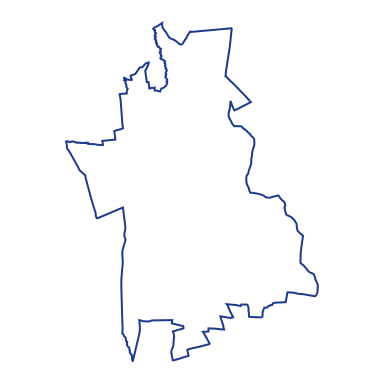 outline of Scanteia, Iasi, Romania
{"feature_id": "2599482B42529928400495", "entity_name": "Scanteia", "entity_type": "district", "adm_level": 2, "iso_a3": "ROU", "parent_name": "Romania", "parent_adm1": "Iasi", "projection": "mercator", "projection_center": [27.593, 46.925], "detail": "fine", "context": "isolated", "style": "outline", "palette": "blue", "viewbox_px": 384, "rotation_deg": 0, "n_neighbors": 0, "source": "geoboundaries", "source_scale": "gbopen_adm2", "svg_char_len": 5846}
<svg xmlns="http://www.w3.org/2000/svg" viewBox="0 0 384 384"><path d="M66.1,141.6L66.8,144.9L67.0,147.8L67.4,149.0L69.0,150.8L69.3,151.7L70.9,154.1L71.4,155.2L75.6,162.5L76.1,163.8L77.8,166.4L78.9,168.9L80.0,170.7L81.4,171.8L83.6,174.0L84.9,174.8L85.3,175.4L85.6,177.9L91.5,199.7L94.2,208.6L95.7,213.0L95.7,215.1L96.1,216.7L96.7,218.2L97.9,218.1L122.9,207.5L125.3,226.4L125.3,228.9L124.5,233.2L124.3,234.9L124.5,236.3L125.5,239.9L122.7,249.6L122.4,251.6L122.3,255.3L122.7,259.6L122.8,262.4L121.5,277.3L121.3,282.5L121.4,290.5L122.6,329.2L122.3,333.6L122.7,333.8L123.6,334.7L123.9,335.8L124.2,336.3L125.5,337.5L126.2,341.3L127.1,341.7L127.3,342.0L126.9,343.9L127.1,345.4L127.7,346.6L128.6,347.0L129.4,348.0L129.5,348.5L129.3,349.8L129.9,350.7L129.8,352.3L130.5,353.4L130.8,354.3L131.7,355.0L131.9,355.4L132.2,359.8L132.4,360.7L132.7,361.0L132.9,360.9L135.2,351.1L139.2,334.3L139.5,332.5L139.8,330.7L139.9,327.5L139.3,320.1L141.7,320.7L142.7,321.2L148.9,321.5L152.1,320.4L172.3,320.1L171.8,323.4L183.2,326.1L183.6,328.1L183.4,328.4L172.9,331.4L173.5,333.1L174.0,335.7L174.1,337.7L173.7,338.9L173.7,341.7L173.4,343.1L173.5,345.0L173.1,346.7L171.9,349.2L171.2,352.1L171.5,353.2L171.7,355.1L172.4,358.3L172.7,360.2L173.2,360.4L178.8,358.9L184.0,357.1L188.6,355.9L187.4,350.6L187.3,350.0L187.4,349.6L191.0,348.6L199.8,346.6L209.6,344.0L209.7,343.8L207.9,340.4L203.9,333.3L202.9,331.9L208.4,331.5L208.5,328.4L216.0,328.7L220.3,329.3L224.1,329.5L223.3,326.8L223.4,326.1L223.0,324.8L221.1,319.0L220.4,316.3L229.4,317.8L231.5,317.8L233.1,317.3L229.8,310.6L227.6,305.4L226.7,304.2L235.6,305.0L240.6,306.0L240.9,305.7L241.1,304.8L241.4,304.5L246.7,304.5L247.8,305.5L248.5,307.7L248.6,309.0L248.5,311.0L248.8,312.4L249.1,316.8L253.6,317.1L261.0,317.4L261.9,317.1L262.5,316.3L262.6,315.3L262.5,313.8L262.6,312.6L262.8,311.5L264.3,307.7L267.4,307.5L268.0,306.3L269.6,305.8L269.7,305.4L272.4,304.9L272.8,303.3L274.9,302.7L285.7,302.2L287.2,293.6L287.5,292.3L293.6,292.7L298.4,293.8L302.7,294.1L315.2,296.3L316.5,294.6L317.1,293.4L317.6,291.1L317.6,288.3L317.9,286.9L317.6,284.4L317.3,283.4L315.5,279.7L314.5,275.9L314.2,275.1L313.4,273.8L309.8,272.4L308.6,271.5L307.4,270.1L306.4,268.6L304.6,266.7L303.5,265.3L302.1,264.4L300.4,262.8L300.7,253.5L301.4,246.9L303.0,235.8L301.6,234.4L301.3,234.4L297.5,230.7L297.4,229.2L297.1,229.0L296.9,228.4L296.9,226.8L296.5,223.7L295.9,222.5L295.5,222.3L294.9,220.9L294.2,219.9L292.3,218.3L292.0,217.9L291.5,217.5L291.4,217.1L287.2,215.2L286.3,214.5L285.2,210.9L284.8,208.8L284.5,208.3L284.7,207.7L284.5,207.2L284.7,206.5L285.2,206.1L285.3,204.8L284.9,203.4L284.4,202.3L283.8,201.5L281.8,199.9L280.3,198.2L278.6,195.6L277.8,195.6L273.8,196.5L270.1,197.7L266.8,197.5L266.0,197.3L265.0,196.7L263.7,195.6L260.5,194.4L257.3,193.6L252.7,192.8L250.4,192.8L250.3,192.3L249.6,191.4L248.8,188.2L246.9,184.5L246.3,180.9L246.3,176.8L246.7,175.8L248.4,173.1L248.7,170.9L250.7,165.3L251.3,162.6L251.2,159.7L251.9,155.8L252.1,152.9L253.2,148.3L254.1,145.9L254.4,143.4L254.3,141.9L254.3,139.7L253.6,138.0L251.6,136.2L250.7,135.2L250.0,134.0L247.8,132.3L247.0,131.2L246.1,130.5L245.4,129.7L244.7,129.4L242.7,127.9L242.6,127.4L241.3,126.3L236.7,126.1L234.3,126.3L233.2,124.9L232.6,124.3L229.8,118.9L229.4,118.6L229.4,117.9L229.1,117.6L228.8,116.3L228.6,114.7L228.8,113.6L228.7,112.9L229.3,110.4L229.7,109.4L229.7,108.7L230.2,106.2L230.1,104.7L230.5,101.0L233.0,107.6L234.4,110.4L236.7,109.4L250.8,102.1L244.8,95.4L236.1,86.5L232.2,82.6L230.4,81.1L229.9,80.4L227.6,78.1L226.2,76.3L225.5,76.3L226.0,71.0L229.9,46.1L231.7,28.7L231.3,28.3L191.5,31.9L190.6,32.0L190.2,31.6L189.1,33.0L186.9,36.7L186.2,38.2L185.4,39.2L182.5,43.9L180.7,44.6L179.4,44.1L179.2,43.7L178.6,43.2L174.4,40.0L170.0,38.2L169.1,37.4L167.4,34.8L167.1,33.9L166.8,33.6L165.7,31.9L164.1,29.9L162.6,27.5L162.1,24.7L162.1,23.9L162.2,23.0L157.2,26.3L154.7,27.4L153.2,28.9L153.9,29.7L155.1,30.3L155.0,30.9L154.8,31.4L154.9,32.2L155.3,32.8L156.0,33.1L156.1,33.5L154.8,34.7L154.8,35.3L154.9,35.8L155.7,36.4L154.8,37.1L155.2,38.0L155.5,38.2L155.5,38.5L154.8,39.2L155.4,39.9L156.2,40.4L156.3,40.9L156.3,41.2L155.9,41.6L156.1,42.2L155.9,42.6L155.9,42.8L156.6,42.9L156.9,43.2L157.1,43.7L156.7,44.8L157.3,45.5L157.6,46.5L158.1,46.8L159.0,46.9L159.4,47.8L161.0,48.9L160.2,50.1L160.8,51.0L160.9,51.5L160.8,51.8L159.6,52.3L159.7,53.0L160.7,53.9L161.0,54.5L160.8,55.1L161.6,56.1L161.0,57.2L160.4,57.7L160.5,58.6L161.3,59.2L162.0,59.3L164.7,60.8L165.1,61.3L165.1,61.6L164.5,62.4L164.4,62.8L164.9,63.2L165.4,64.2L165.4,64.7L165.0,65.6L165.0,66.2L165.5,66.6L165.7,67.2L165.8,67.6L165.5,68.4L165.6,68.7L166.1,69.0L166.7,69.6L166.7,70.9L165.9,71.9L165.7,72.6L166.1,73.3L166.0,73.7L166.2,74.2L165.7,74.6L166.1,75.7L166.0,76.0L165.6,76.3L165.3,76.8L166.2,78.3L167.1,79.3L167.3,80.0L167.2,80.8L166.5,81.3L166.6,81.7L167.2,82.2L167.1,83.5L166.0,85.7L164.2,87.3L163.1,88.0L161.5,88.5L160.9,89.6L160.1,91.5L159.3,91.2L158.4,91.2L157.4,90.7L154.7,90.5L154.7,87.6L153.3,88.0L151.8,87.9L149.3,88.4L148.5,82.0L146.8,82.1L145.3,71.2L145.3,70.4L146.3,69.1L147.1,66.8L147.8,66.0L148.8,62.5L148.4,62.5L146.3,63.2L145.4,63.8L142.3,67.2L139.7,67.5L135.3,74.0L130.6,75.7L130.6,76.3L131.7,79.4L131.8,79.9L131.7,80.0L128.3,79.7L127.0,79.3L124.3,77.7L124.0,77.8L123.9,78.4L124.1,78.8L124.9,79.7L125.3,79.8L125.4,80.3L125.0,80.5L125.7,80.7L125.9,80.9L125.9,81.3L125.3,82.2L125.3,82.5L125.8,84.1L126.4,85.0L126.4,87.0L126.6,87.6L127.6,88.6L127.6,89.4L127.1,90.0L126.8,91.2L126.7,93.5L122.0,93.8L119.6,94.1L120.5,98.7L122.4,123.9L123.0,128.2L121.2,129.0L114.3,131.0L115.4,139.6L102.3,140.9L103.0,144.8L102.8,145.2L97.2,144.7L94.6,144.2L88.2,143.9L88.2,142.8L86.1,142.6L86.0,143.1L81.0,142.8L80.8,143.0L79.4,142.6L77.4,142.9L76.6,142.3L75.0,142.3L74.5,141.9L72.4,141.4L71.2,141.6L70.9,141.9L70.4,141.8L69.7,142.2L68.0,141.4L67.3,141.3L67.0,141.3L66.9,141.6L66.1,141.6Z" fill="none" stroke="#1e3a8a" stroke-width="2"/></svg>